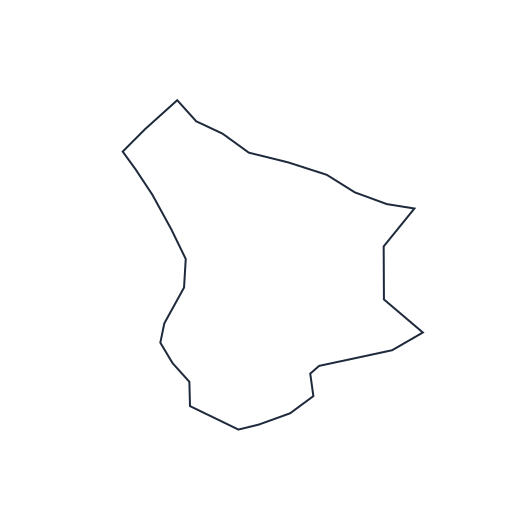 an SVG outline of La Massana, rotated 228°
{"feature_id": "AND-4877", "entity_name": "La Massana", "entity_type": "state/province", "adm_level": 1, "iso_a3": "AND", "parent_name": "Andorra", "parent_adm1": "", "projection": "mercator", "projection_center": [1.476, 42.553], "detail": "fine", "context": "isolated", "style": "outline", "palette": "slate", "viewbox_px": 512, "rotation_deg": 228, "n_neighbors": 0, "source": "natural_earth", "source_scale": "10m", "svg_char_len": 548}
<svg xmlns="http://www.w3.org/2000/svg" viewBox="0 0 512 512"><g transform="rotate(228 256 256)"><path d="M138.8,126.8L188.6,106.5L207.1,122.3L232.2,122.3L255.6,126.9L267.3,142.8L280.7,181.4L300.8,201.8L332.5,210.9L371.0,220.0L401.1,224.5L422.8,226.8L424.5,258.6L424.5,301.7L396.1,301.7L369.3,313.0L337.6,319.8L304.1,342.5L269.0,362.9L237.2,372.0L207.1,387.9L185.3,405.5L177.7,357.3L138.1,322.0L87.5,328.8L94.9,294.1L132.1,229.4L132.3,217.6L113.5,204.9L116.3,176.1L128.9,145.2L138.8,126.8Z" fill="none" stroke="#1e293b" stroke-width="2"/></g></svg>